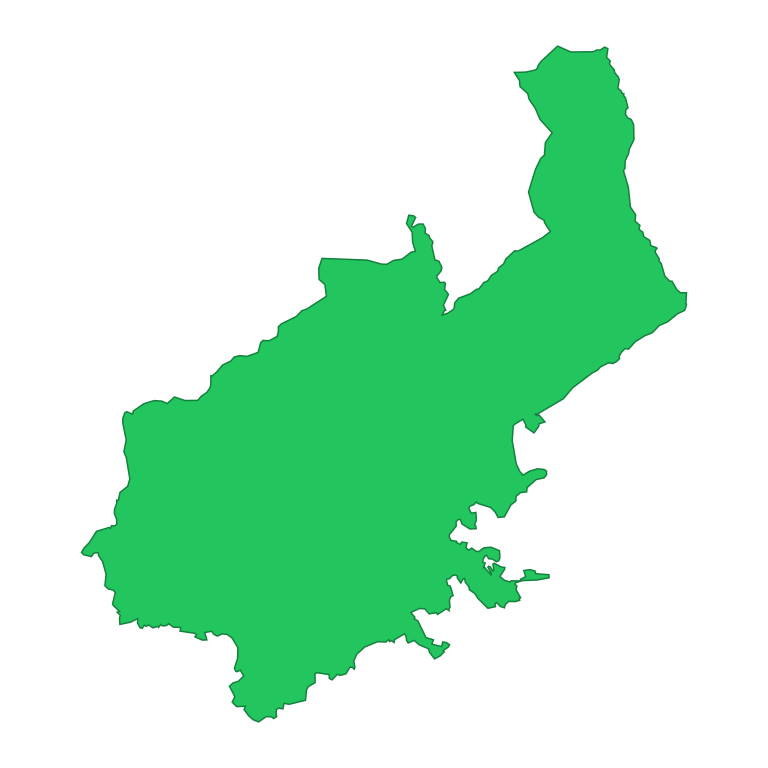 outline of Parva, Bistrita-Nasaud, Romania
{"feature_id": "2599482B44846698630488", "entity_name": "Parva", "entity_type": "district", "adm_level": 2, "iso_a3": "ROU", "parent_name": "Romania", "parent_adm1": "Bistrita-Nasaud", "projection": "mercator", "projection_center": [24.578, 47.424], "detail": "fine", "context": "isolated", "style": "filled", "palette": "green", "viewbox_px": 768, "rotation_deg": 0, "n_neighbors": 0, "source": "geoboundaries", "source_scale": "gbopen_adm2", "svg_char_len": 6092}
<svg xmlns="http://www.w3.org/2000/svg" viewBox="0 0 768 768"><path d="M408.2,643.0L414.2,640.4L419.0,644.7L428.6,648.8L429.5,652.4L434.6,658.9L440.3,655.8L444.2,651.8L443.2,650.6L448.5,646.9L449.6,644.8L446.3,642.5L442.7,642.0L441.6,646.6L431.9,644.1L433.4,639.8L426.0,637.6L417.7,620.6L414.4,619.1L414.9,617.3L410.8,612.5L419.5,608.5L424.9,608.9L429.2,613.9L436.4,612.7L437.5,614.5L446.2,608.8L449.1,610.6L448.7,608.9L450.0,607.5L449.4,599.9L450.9,596.7L453.1,595.5L450.3,586.1L447.6,585.2L446.5,580.2L447.2,578.7L449.3,578.9L452.5,575.5L455.6,575.0L457.5,576.2L457.3,578.0L460.8,583.1L462.9,579.2L464.5,578.5L465.3,582.0L468.9,586.9L469.4,589.8L474.7,593.4L478.2,598.7L487.9,608.3L495.4,606.7L495.0,603.7L496.7,602.6L500.2,606.4L504.4,607.8L505.3,604.6L508.7,601.4L515.4,601.6L519.7,600.3L519.1,598.6L520.6,597.8L516.6,590.7L516.1,588.6L516.9,586.1L514.8,583.9L515.8,582.7L522.3,580.6L537.1,580.0L549.1,577.8L548.9,574.7L535.7,573.7L535.0,571.0L530.1,569.6L523.8,570.5L525.7,576.7L520.7,579.2L520.3,580.9L511.0,580.9L510.0,581.9L504.6,580.4L499.9,576.4L504.5,569.5L504.8,567.4L501.4,567.1L494.2,563.2L492.9,564.1L493.8,570.5L492.7,571.1L490.3,566.9L488.7,566.2L487.9,567.3L491.4,573.7L491.0,575.0L484.4,567.2L483.6,567.5L485.2,563.0L482.8,562.3L483.1,559.4L484.7,556.3L486.5,555.2L488.9,558.8L492.2,559.0L496.3,561.7L498.7,560.9L499.9,557.9L499.5,550.7L490.9,547.2L483.7,547.9L478.7,551.6L475.9,551.2L471.8,548.1L468.6,550.1L465.9,547.9L467.1,542.8L461.7,542.1L460.3,544.4L456.6,542.6L456.6,541.3L451.0,540.4L449.1,536.5L449.4,534.6L456.2,526.2L456.1,521.8L457.9,519.7L460.4,519.4L461.9,523.9L469.9,529.0L476.2,528.7L475.7,525.9L474.6,524.8L476.3,520.4L475.9,512.5L471.2,513.1L468.9,508.5L469.7,506.2L473.8,504.7L476.2,501.9L477.6,503.4L490.7,507.5L495.4,512.3L498.0,517.4L504.3,516.9L510.9,504.9L515.9,501.0L516.0,496.4L520.3,492.7L526.7,491.8L527.1,487.6L536.1,479.6L544.2,477.8L546.6,474.7L546.5,471.1L544.3,469.5L537.6,468.8L529.5,471.2L523.0,475.1L519.9,471.6L516.3,464.1L512.2,440.5L513.3,425.8L514.3,424.5L522.9,419.2L525.9,425.1L525.7,427.0L534.0,432.9L538.6,426.5L539.1,423.8L545.0,421.9L539.0,415.0L536.5,415.5L535.3,414.1L537.8,413.8L563.3,398.8L572.7,387.7L592.0,373.1L597.5,370.2L600.5,366.9L608.6,362.8L613.0,363.5L616.7,361.5L619.6,358.6L619.0,356.4L621.5,352.2L624.9,348.7L628.6,349.1L635.0,341.9L644.7,335.8L652.3,332.7L659.3,325.5L667.7,321.8L677.2,314.0L684.4,310.5L685.3,308.8L686.5,304.3L685.9,302.5L686.5,292.7L680.4,292.8L676.9,289.7L671.9,281.1L670.0,281.4L664.9,276.3L661.2,263.5L659.1,261.1L659.2,258.8L655.3,252.4L655.3,250.2L656.9,248.7L656.7,247.8L650.8,245.6L649.8,240.4L643.8,236.7L642.8,232.3L639.0,229.3L639.9,225.4L635.0,221.1L635.7,214.9L630.4,207.0L628.4,187.5L623.5,170.8L624.9,168.3L625.2,160.8L628.5,153.9L629.4,148.9L634.0,139.5L633.6,124.4L631.1,119.4L627.7,117.9L625.5,114.4L625.8,109.8L628.0,107.9L625.5,97.9L623.6,95.6L623.9,93.8L621.9,93.2L621.4,91.2L617.9,88.2L619.2,79.9L618.5,77.3L614.7,72.6L614.3,69.9L610.0,64.9L609.5,63.2L610.3,61.2L606.6,57.3L607.9,48.7L604.6,47.1L600.3,50.0L596.4,50.0L593.8,51.7L570.9,52.0L557.6,46.1L541.1,61.4L538.3,65.2L537.3,68.4L535.3,70.0L525.7,72.1L514.3,72.4L519.4,80.4L520.1,86.7L527.7,93.5L529.2,99.5L535.1,108.0L540.1,119.5L552.1,132.8L545.4,142.5L544.4,155.0L540.6,158.6L535.4,169.6L528.5,192.0L534.1,212.3L538.8,217.4L544.1,220.2L544.5,222.6L550.3,231.6L542.3,237.8L517.7,251.3L514.8,250.7L505.9,258.9L503.5,264.0L498.8,267.7L497.3,271.5L491.4,275.4L487.8,280.7L483.8,282.6L478.9,288.9L476.3,289.4L470.4,293.8L458.6,298.2L454.7,302.9L454.2,308.1L452.9,309.8L447.4,313.4L442.2,315.0L444.1,310.9L445.8,310.3L443.4,305.3L448.5,294.4L444.6,289.4L445.4,283.5L444.5,282.3L440.0,282.5L437.1,278.0L436.7,276.2L441.1,270.9L441.9,267.3L438.8,261.1L434.9,259.9L431.8,245.7L432.9,242.6L432.5,241.2L429.6,237.9L429.2,235.7L425.2,233.1L425.4,228.5L423.1,224.0L418.3,224.1L413.0,227.3L411.5,226.0L415.6,217.5L413.6,215.8L408.8,215.2L406.5,223.5L412.2,232.4L412.6,242.1L415.4,251.4L411.3,252.1L401.9,259.2L393.6,260.4L386.9,264.3L381.3,264.1L367.1,260.1L322.0,258.4L318.7,268.4L319.1,279.4L324.9,284.6L326.4,296.3L306.8,309.0L301.9,310.7L296.2,316.5L281.3,323.9L278.4,326.7L278.3,332.2L277.0,336.5L268.9,340.8L262.8,340.4L260.6,342.8L258.1,352.4L246.8,356.4L239.9,355.6L234.3,357.0L231.0,360.9L222.6,365.0L216.8,371.9L212.0,376.0L210.9,375.7L210.8,385.2L209.8,388.2L206.7,392.5L201.4,396.1L197.7,400.4L184.9,400.5L174.5,397.0L167.3,403.5L161.7,401.1L154.2,400.6L144.1,403.6L133.4,410.9L132.5,414.1L126.6,411.7L124.8,412.8L122.8,418.5L122.8,423.1L126.2,439.9L123.9,451.7L126.3,457.6L129.8,478.9L127.7,486.3L120.0,492.4L118.4,500.2L116.7,500.1L116.7,503.4L114.6,508.9L114.4,513.6L116.6,519.2L116.8,524.0L114.7,526.1L111.6,525.6L110.4,528.4L109.1,527.5L96.5,531.3L89.4,542.5L84.0,548.1L81.5,552.5L83.7,554.7L91.3,556.6L94.1,553.0L98.1,552.6L98.6,555.8L102.5,561.3L106.1,574.2L104.9,585.7L108.5,589.1L113.3,590.1L115.3,592.5L112.6,603.6L113.3,605.5L119.5,611.3L117.2,612.2L120.3,615.3L119.5,618.0L119.9,624.4L130.5,622.2L137.6,618.7L137.6,623.2L140.1,627.8L142.2,628.3L144.5,625.1L146.3,626.4L148.6,624.9L152.8,627.8L157.8,626.4L158.6,627.4L161.0,624.4L162.5,625.9L166.4,625.6L168.8,623.7L173.4,627.2L180.7,627.4L180.1,631.1L194.8,633.3L196.6,634.8L194.9,636.8L202.4,640.1L206.9,639.9L204.7,632.5L211.7,631.3L213.7,634.2L217.3,636.1L222.2,633.9L227.1,634.4L232.0,637.9L237.9,647.7L237.6,658.5L234.4,668.4L235.8,671.3L237.0,671.7L240.4,670.2L243.7,676.1L238.1,681.5L233.0,682.9L229.4,686.3L234.9,696.6L232.2,702.1L236.6,706.6L245.4,706.3L244.1,709.5L248.5,715.6L253.2,719.8L258.7,721.9L266.2,716.6L271.6,716.9L273.6,718.5L276.7,716.6L276.1,713.8L276.4,709.6L278.7,708.1L282.9,708.9L284.0,703.3L289.0,704.3L305.5,700.3L306.6,689.5L308.5,686.5L315.1,682.7L315.0,673.8L317.1,672.7L329.2,674.6L329.3,678.4L332.0,679.9L337.4,674.3L339.8,675.4L345.9,673.9L350.0,667.1L352.3,667.4L354.2,669.2L354.9,667.7L353.8,661.0L356.7,654.3L364.7,647.0L377.6,641.7L385.8,642.0L388.7,639.7L389.7,641.6L391.4,640.6L394.1,642.5L394.6,639.6L404.3,633.9L406.0,636.0L406.6,640.6L408.2,643.0Z" fill="#22c55e" stroke="#15803d" stroke-width="1.5"/></svg>